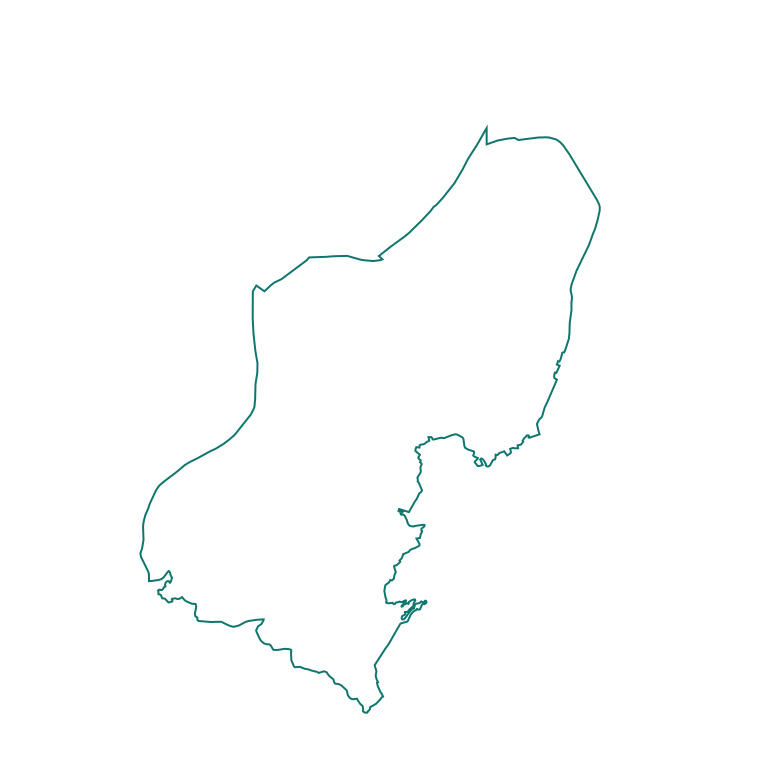 Ba Vi, Ha Noi, Vietnam (Natural Earth projection), rotated 30°
{"feature_id": "81297802B94958861355476", "entity_name": "Ba Vi", "entity_type": "district", "adm_level": 2, "iso_a3": "VNM", "parent_name": "Vietnam", "parent_adm1": "Ha Noi", "projection": "natural_earth1", "projection_center": [105.414, 21.156], "detail": "fine", "context": "isolated", "style": "outline", "palette": "teal", "viewbox_px": 768, "rotation_deg": 30, "n_neighbors": 0, "source": "geoboundaries", "source_scale": "gbopen_adm2", "svg_char_len": 6158}
<svg xmlns="http://www.w3.org/2000/svg" viewBox="0 0 768 768"><g transform="rotate(30 384 384)"><path d="M494.1,189.6L492.0,161.0L490.0,150.2L489.2,144.3L487.0,135.2L484.2,126.3L482.3,122.8L480.6,121.0L476.2,118.0L429.6,92.3L419.5,87.6L415.5,86.5L411.0,86.1L403.6,88.0L400.7,89.5L394.5,93.3L378.4,105.5L374.0,105.6L368.0,110.0L360.7,116.3L353.1,125.1L344.9,111.0L345.0,129.7L344.2,147.4L344.8,158.7L344.6,174.9L341.8,193.9L339.8,202.8L338.4,205.9L337.9,210.6L334.9,223.5L330.2,240.4L328.2,245.8L321.3,261.3L315.6,275.7L320.3,276.8L318.9,278.6L313.5,282.7L305.1,286.7L301.4,288.1L288.2,291.4L276.7,298.4L270.3,302.8L255.9,311.8L255.2,315.5L242.7,344.6L238.2,351.2L236.5,355.5L234.1,363.5L224.2,362.6L224.1,369.4L237.4,392.7L245.9,405.8L256.4,420.1L264.0,429.2L268.6,437.5L272.8,448.4L280.1,461.8L283.2,468.5L283.8,472.5L283.9,477.4L280.4,500.9L279.6,504.3L278.0,508.9L275.0,516.1L270.5,524.4L267.4,528.7L259.8,541.2L254.9,548.6L252.0,553.8L248.8,562.8L241.8,579.5L240.2,584.3L239.7,589.5L241.0,604.7L242.1,609.8L242.8,616.5L244.2,621.8L245.3,625.1L247.0,628.6L253.6,639.1L256.7,647.3L257.7,652.5L260.1,655.3L273.7,664.4L275.6,666.4L279.1,672.3L286.4,666.8L288.8,664.3L289.9,661.5L290.6,655.3L291.1,653.6L291.5,653.5L293.1,654.4L294.5,656.0L296.1,657.2L297.1,657.5L298.2,661.4L298.0,663.2L297.6,663.2L296.6,662.4L296.0,662.4L295.0,663.1L294.5,663.9L294.3,666.0L294.6,667.0L295.2,668.0L295.8,668.2L296.0,668.7L294.9,670.1L295.2,671.5L294.7,673.3L294.2,673.8L292.4,674.4L291.8,675.0L291.6,676.0L292.4,676.4L293.6,678.7L296.3,678.3L299.1,680.5L301.6,679.4L305.9,680.8L306.9,680.8L309.4,678.2L308.8,677.1L307.9,676.6L308.0,675.9L310.3,674.0L312.2,673.6L313.4,673.0L314.5,671.8L315.7,669.5L319.1,670.8L320.8,671.1L327.3,670.4L330.7,668.8L331.8,669.5L333.0,671.3L334.9,677.2L336.7,679.4L339.0,679.6L339.5,679.9L340.0,681.4L341.2,681.9L342.3,681.8L353.0,676.7L361.9,671.3L369.5,670.8L372.6,670.3L375.2,669.5L379.1,665.7L382.9,659.5L385.0,657.1L391.9,651.7L397.4,648.0L397.8,649.1L397.9,653.1L396.1,656.8L396.4,661.2L397.8,662.6L403.8,666.8L405.7,667.8L407.0,668.2L409.7,668.6L412.1,668.2L415.1,666.8L416.4,667.0L420.9,669.4L421.5,669.4L424.9,667.5L430.4,663.0L434.3,661.1L436.5,660.7L436.9,661.1L438.2,663.8L441.9,669.6L447.1,673.5L448.5,673.8L452.7,671.0L457.9,670.2L461.1,669.0L464.5,668.4L470.3,666.7L471.9,666.9L475.7,662.8L478.3,662.3L480.7,663.5L483.1,664.3L487.9,665.1L489.9,667.2L491.5,667.9L494.7,666.6L497.5,666.3L504.3,667.8L505.8,668.8L508.3,671.6L511.5,673.0L513.8,672.9L515.0,672.4L518.0,670.0L519.5,671.1L523.5,673.0L526.5,673.6L528.4,675.9L529.5,677.9L529.9,678.1L532.0,678.1L533.8,677.0L533.9,675.9L533.6,675.6L534.2,674.3L534.4,672.8L533.7,671.3L533.7,670.2L534.4,669.5L537.0,665.0L538.5,658.9L538.7,656.5L539.5,655.2L536.2,653.0L535.3,652.8L529.6,648.7L527.3,646.2L527.9,645.1L526.1,644.1L523.4,641.7L522.5,640.5L521.1,636.6L516.5,632.2L517.5,612.3L518.1,607.2L518.0,583.8L518.5,582.7L522.9,578.2L523.1,577.3L522.5,570.1L523.0,567.3L523.7,565.2L524.7,564.1L525.0,562.3L526.5,562.3L527.7,561.4L527.8,560.4L527.2,555.9L527.6,555.3L529.2,554.4L530.0,552.4L530.0,551.8L529.1,550.9L528.2,550.9L527.8,551.5L527.8,553.4L525.1,553.7L524.7,554.1L524.6,555.5L524.2,556.1L521.5,558.3L521.2,560.1L522.2,563.2L520.9,564.8L520.2,568.3L519.3,576.1L518.7,578.0L518.0,578.6L517.4,578.7L516.4,578.1L515.8,576.5L515.9,575.8L517.2,573.7L517.4,572.8L517.3,572.2L516.3,571.4L516.2,570.9L517.8,570.0L518.4,569.2L519.0,565.6L520.2,562.5L520.2,561.4L519.2,558.6L519.3,555.9L518.7,555.2L517.8,555.4L515.9,557.6L514.5,560.4L515.1,561.6L515.0,562.3L513.7,562.2L513.1,562.6L512.6,563.8L511.4,565.0L511.4,567.1L510.7,568.0L510.4,567.9L510.4,567.6L510.5,565.6L511.0,563.4L510.9,562.3L511.5,561.1L511.5,560.7L511.1,560.5L509.8,561.7L509.3,563.3L507.6,564.4L506.1,564.8L505.2,566.1L503.5,567.4L503.4,569.0L503.0,569.4L502.1,569.7L500.8,569.2L497.7,571.6L496.0,572.2L495.1,572.2L494.5,570.2L491.6,567.6L487.8,563.1L485.9,558.2L485.9,557.1L487.6,553.1L487.4,550.6L489.0,550.3L489.9,547.6L488.6,544.5L488.3,541.1L484.0,537.1L483.8,536.2L485.6,534.6L487.0,529.9L485.7,529.2L486.5,526.0L486.2,523.6L485.6,521.9L489.2,517.2L489.7,514.7L490.5,513.2L492.9,510.5L495.1,507.0L495.4,505.8L494.6,504.7L489.4,501.6L492.1,499.4L490.9,495.5L490.7,492.5L489.3,491.8L488.8,490.4L489.8,488.1L490.1,486.5L489.5,485.8L487.8,486.7L481.6,491.6L481.0,492.5L479.1,493.4L476.7,493.9L474.3,492.8L471.8,490.4L467.7,487.7L466.6,487.5L465.7,487.6L464.3,488.5L463.7,488.4L463.2,488.0L464.0,485.6L461.6,485.8L461.3,486.8L460.0,486.7L459.6,484.7L469.6,482.5L469.5,470.6L469.8,467.4L469.3,461.0L470.2,458.8L470.1,457.1L463.4,452.0L461.9,451.6L461.5,450.5L459.7,448.2L459.9,442.1L459.4,441.0L457.2,438.0L456.7,434.5L455.5,433.9L454.4,433.8L454.0,431.8L451.6,431.4L450.5,430.6L450.4,427.3L444.7,426.3L443.8,424.5L443.6,422.5L446.4,421.4L445.5,419.2L446.6,417.7L448.2,416.6L449.4,414.7L449.9,412.9L451.6,410.6L449.1,407.8L451.5,406.4L452.3,406.5L453.8,407.6L454.5,407.5L459.9,402.3L461.4,401.4L462.2,401.4L463.5,400.4L467.5,395.3L470.5,392.2L472.1,391.3L478.3,391.0L479.4,391.3L480.6,392.3L484.8,397.7L486.3,398.7L489.5,398.7L495.6,397.5L496.4,398.4L497.1,401.4L498.7,401.7L502.3,401.2L502.5,402.1L501.5,405.3L501.6,406.3L506.1,408.2L506.8,407.9L508.8,406.1L509.9,404.6L505.1,401.4L505.5,399.8L507.0,399.8L509.1,400.5L512.4,402.5L512.7,403.4L513.2,403.8L514.2,403.9L515.1,403.6L516.0,402.8L516.5,401.4L516.4,395.5L517.8,393.7L517.4,391.8L516.0,389.4L517.7,388.7L518.1,388.1L518.3,386.3L521.8,382.2L526.4,384.3L527.6,382.0L528.2,380.0L527.8,379.3L525.7,377.1L527.6,374.8L528.7,374.7L532.3,372.6L530.4,370.3L533.0,367.9L533.4,364.3L532.4,363.7L532.6,360.8L533.5,357.0L534.4,356.4L535.1,356.4L535.6,356.6L535.9,358.0L536.6,358.0L543.9,349.8L540.6,346.7L537.0,342.8L536.4,341.8L536.1,337.3L537.1,334.1L537.1,332.8L534.9,324.0L534.4,317.3L531.6,293.8L528.7,293.7L527.7,292.6L526.8,290.7L526.3,288.6L527.7,288.2L527.0,280.4L524.0,280.7L523.3,277.2L524.7,276.8L524.6,275.0L524.3,273.0L522.8,268.0L523.0,267.3L524.3,266.5L523.7,262.7L521.5,252.4L519.1,247.1L514.3,238.2L509.4,226.2L505.8,220.1L503.8,215.5L502.0,213.1L498.9,209.7L498.0,207.9L496.6,203.7L494.1,189.6Z" fill="none" stroke="#0f766e" stroke-width="2"/></g></svg>